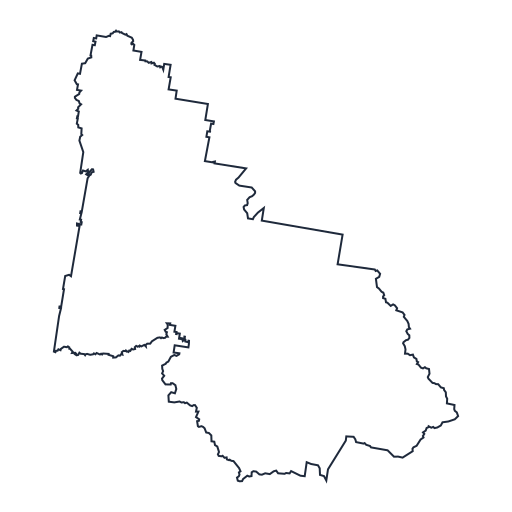 Muswellbrook, New South Wales, Australia (orthographic projection), rotated 270°
{"feature_id": "25037944B88537048948574", "entity_name": "Muswellbrook", "entity_type": "district", "adm_level": 2, "iso_a3": "AUS", "parent_name": "Australia", "parent_adm1": "New South Wales", "projection": "orthographic", "projection_center": [150.528, -32.488], "detail": "fine", "context": "isolated", "style": "outline", "palette": "slate", "viewbox_px": 512, "rotation_deg": 270, "n_neighbors": 0, "source": "geoboundaries", "source_scale": "gbopen_adm2", "svg_char_len": 5946}
<svg xmlns="http://www.w3.org/2000/svg" viewBox="0 0 512 512"><g transform="rotate(270 256 256)"><path d="M95.9,458.1L99.6,456.8L101.2,454.8L102.9,454.2L107.0,454.5L108.6,446.9L113.3,447.2L115.6,446.0L119.7,445.8L122.0,444.1L123.8,443.8L124.6,440.9L127.8,438.2L127.9,435.9L128.8,434.5L129.1,432.5L133.4,428.4L134.9,427.8L138.3,429.5L143.0,429.0L143.7,426.2L144.8,424.9L143.6,423.0L144.3,421.0L147.4,418.5L148.0,416.9L149.9,418.1L150.7,416.8L153.1,416.4L154.6,413.9L157.4,412.9L156.8,410.0L158.3,407.8L158.3,405.0L162.6,405.5L165.8,404.8L168.7,403.1L169.8,403.5L171.8,406.0L172.3,408.0L174.1,409.4L176.7,409.3L178.1,407.7L180.8,406.3L182.6,407.3L183.3,410.0L184.9,408.9L188.1,408.6L191.0,407.3L195.2,403.8L197.1,404.5L199.6,402.6L201.7,396.3L203.8,397.1L206.7,394.8L207.6,393.1L206.1,390.7L209.3,387.4L209.7,386.0L213.2,385.4L213.9,383.1L215.6,383.1L216.8,384.2L219.4,383.3L220.2,381.6L223.4,379.0L224.9,377.0L233.2,375.9L235.1,379.2L238.2,380.1L241.6,377.2L241.0,375.7L242.5,374.8L247.7,337.6L277.4,342.6L291.4,261.8L304.0,263.8L299.4,257.9L294.9,253.8L292.8,252.9L293.6,248.0L298.8,247.2L302.5,244.1L305.0,243.6L306.5,244.8L306.9,247.1L308.8,247.7L312.1,247.2L314.8,249.6L315.8,252.1L317.5,254.0L319.1,255.1L320.7,255.1L324.5,251.7L326.4,239.3L329.0,235.5L330.1,235.1L332.3,236.0L334.4,238.5L343.6,246.1L348.6,214.6L350.5,214.9L350.1,213.0L349.6,212.9L350.9,204.9L374.7,209.4L375.2,206.4L380.7,207.3L380.2,210.9L380.6,209.7L388.4,211.1L388.0,213.4L390.6,213.9L392.0,205.3L408.0,207.9L413.3,175.5L421.4,176.7L422.6,168.6L434.7,170.7L435.0,168.6L447.2,170.6L448.1,164.2L442.3,163.3L445.1,162.2L445.4,161.3L444.7,160.2L446.0,159.7L445.5,157.3L447.2,154.4L448.2,154.8L449.3,153.9L448.6,151.5L450.0,151.3L449.2,148.7L450.6,147.3L450.7,145.4L451.5,145.3L452.1,140.1L460.1,141.5L461.5,133.4L467.1,134.3L468.4,132.9L467.6,131.9L468.1,131.3L469.2,131.5L470.9,133.2L472.2,133.0L474.3,131.8L476.3,127.3L477.9,126.5L477.3,125.4L479.0,122.0L479.8,121.5L479.5,119.7L480.6,118.9L480.5,116.6L481.3,116.0L480.2,115.1L480.1,113.8L478.6,112.6L478.3,110.7L475.9,110.1L476.2,108.9L475.0,106.1L476.6,96.7L473.6,96.2L474.0,93.8L470.8,93.2L470.3,95.5L466.8,94.8L467.2,92.5L456.6,90.5L456.4,91.2L454.6,91.3L453.4,87.8L448.8,85.2L448.3,81.9L438.2,80.0L438.6,77.8L431.7,74.6L427.8,76.8L427.6,78.0L422.1,77.0L421.4,81.1L419.5,79.4L418.0,79.2L415.3,74.9L414.1,74.9L412.1,76.4L411.0,78.8L408.6,79.6L407.7,81.1L404.7,78.1L403.3,78.3L401.5,76.5L400.5,78.8L395.6,78.0L395.7,77.3L393.7,76.9L393.5,77.8L388.3,76.8L387.2,78.2L384.6,78.3L383.6,81.6L377.9,81.3L377.0,82.2L375.3,80.2L371.4,79.4L359.9,83.3L339.1,80.2L338.5,80.8L338.9,81.9L341.5,83.0L340.6,85.8L342.2,87.8L339.8,88.2L337.7,86.2L336.9,87.5L337.2,88.6L339.7,89.1L342.8,92.0L342.6,93.1L340.2,93.6L339.5,91.5L337.4,90.8L336.5,89.4L333.7,87.6L300.5,81.8L300.7,80.5L298.9,80.2L298.7,81.4L292.5,79.8L292.3,81.1L290.0,80.7L289.8,81.7L287.5,81.3L288.5,77.0L286.4,77.0L286.1,78.8L286.7,79.7L235.8,71.0L237.2,69.1L236.0,65.2L223.0,63.0L222.8,64.0L205.6,61.2L205.5,59.5L204.0,59.3L203.7,61.0L196.0,59.1L160.4,53.9L159.8,55.4L161.2,56.0L161.3,57.6L162.7,58.4L161.8,60.5L163.1,60.9L165.3,64.0L164.8,66.9L165.6,67.9L164.6,69.3L163.3,69.3L163.2,70.1L160.3,72.7L159.0,72.0L159.2,75.3L158.4,76.0L157.7,75.1L156.7,76.6L157.1,78.2L159.3,79.4L158.3,80.6L157.9,84.2L156.8,85.1L157.7,85.6L158.1,87.1L157.2,90.2L157.7,93.1L158.6,93.9L157.7,95.4L159.0,96.6L157.5,100.0L158.3,101.1L157.5,102.1L158.5,103.0L158.1,108.6L157.2,108.5L155.8,113.2L154.4,113.2L154.6,115.9L156.6,118.4L156.3,119.9L157.8,121.1L157.4,122.4L159.8,121.8L161.1,123.4L160.9,125.5L161.5,125.9L160.3,127.0L160.6,127.8L160.1,128.5L161.5,129.3L161.1,130.3L163.2,131.6L162.5,133.1L163.0,135.1L164.8,134.8L166.1,136.2L165.3,137.6L165.8,138.4L165.4,139.4L166.4,139.8L165.6,141.4L167.1,144.3L165.6,145.8L167.0,145.6L168.3,147.2L168.3,150.2L170.7,151.9L174.2,157.4L174.6,159.9L173.8,161.0L174.5,161.9L173.9,163.4L174.2,165.1L175.3,166.1L175.3,167.7L177.8,166.3L179.8,166.9L180.2,165.7L182.1,164.7L184.0,167.6L187.4,167.7L188.7,166.8L188.6,170.2L187.1,169.9L186.2,175.4L180.3,174.4L180.0,176.5L178.0,176.1L177.9,176.6L178.9,176.8L178.4,179.8L173.3,179.0L173.0,180.9L173.9,181.0L173.7,182.1L171.0,182.8L171.8,183.8L175.4,184.4L175.3,184.9L173.3,184.6L172.4,185.4L170.5,185.3L169.8,188.1L171.3,188.5L171.2,189.0L168.0,188.9L164.6,188.4L166.7,174.7L159.5,173.6L158.7,179.4L157.7,179.2L156.1,176.5L157.0,174.3L155.2,170.9L150.4,168.3L149.4,166.4L148.2,165.7L146.4,162.1L143.1,162.3L140.9,163.1L138.6,162.1L136.2,164.2L133.4,162.0L131.8,162.3L127.6,165.5L127.5,170.7L128.8,171.0L128.8,172.6L126.8,175.4L123.0,176.3L118.7,174.9L119.8,171.2L116.6,168.4L110.3,168.8L109.6,174.3L110.5,179.5L109.5,181.5L109.8,183.8L108.8,185.0L109.4,186.8L106.6,190.1L105.9,192.2L106.9,193.6L106.9,195.0L104.2,196.8L100.4,196.0L100.4,198.4L94.9,196.0L92.7,199.2L91.2,198.9L90.8,197.1L85.8,197.9L85.1,198.9L85.8,201.5L85.1,203.1L83.7,204.6L79.5,206.2L79.0,208.9L76.6,211.3L70.7,211.5L70.3,214.3L66.9,215.0L65.5,217.3L60.0,219.0L57.7,217.9L56.1,218.7L55.7,221.6L56.2,222.6L54.2,224.5L54.6,226.6L52.6,226.9L51.8,229.1L52.3,229.7L51.2,231.3L50.9,233.5L43.9,239.1L40.7,240.5L39.6,238.9L37.4,239.5L35.7,238.8L34.4,237.0L31.3,237.8L30.7,239.7L30.9,242.1L33.0,243.1L36.3,247.3L35.5,249.2L35.9,251.5L39.7,251.7L40.8,253.4L40.4,256.2L37.6,259.4L37.3,261.9L38.7,265.2L37.9,269.8L40.7,273.7L41.4,276.2L38.7,278.1L38.2,284.6L39.0,286.1L38.6,289.6L40.9,291.1L36.3,300.4L35.8,304.7L49.8,306.7L48.0,311.1L46.7,318.0L43.7,319.7L37.1,320.0L35.9,324.0L31.5,326.3L42.7,328.0L71.4,345.8L75.6,346.3L75.2,353.6L72.7,355.3L69.9,356.1L68.4,363.5L68.9,364.6L67.2,366.2L66.0,370.0L64.6,371.0L61.7,387.6L55.3,394.0L55.4,398.1L54.4,402.6L60.8,412.7L63.3,412.5L64.7,413.5L66.2,416.6L72.5,420.6L74.5,423.5L76.0,422.9L78.1,424.3L79.6,423.0L81.4,425.7L84.0,426.6L84.9,428.6L85.7,428.7L84.3,431.3L85.1,433.2L83.9,434.5L84.5,437.3L86.5,440.8L89.7,442.5L90.5,448.3L92.7,454.8L95.9,458.1Z" fill="none" stroke="#1e293b" stroke-width="2"/></g></svg>